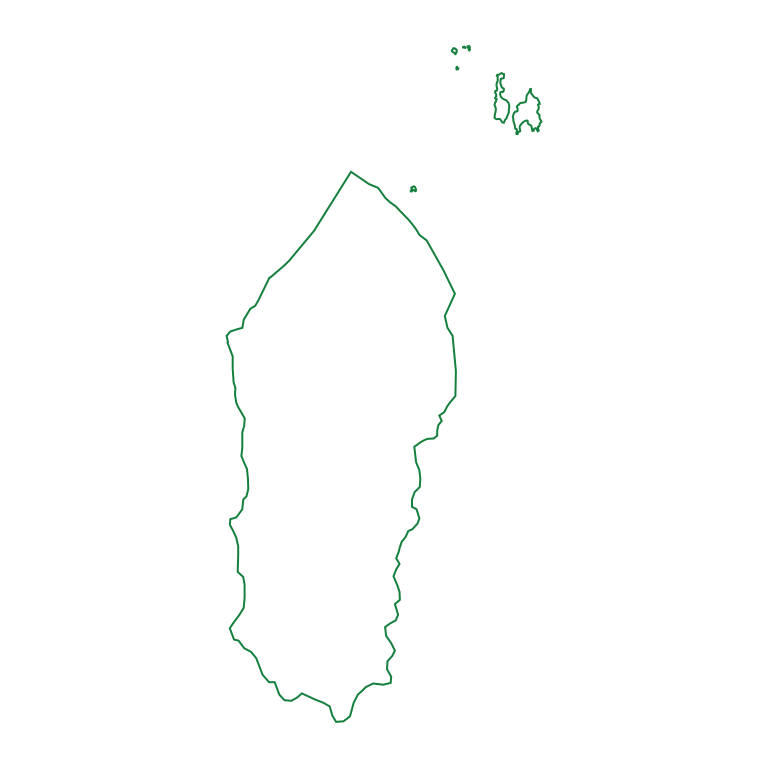 outline of Besut, Terengganu, Malaysia
{"feature_id": "92858781B66748088999576", "entity_name": "Besut", "entity_type": "district", "adm_level": 2, "iso_a3": "MYS", "parent_name": "Malaysia", "parent_adm1": "Terengganu", "projection": "equal_earth", "projection_center": [102.644, 5.648], "detail": "fine", "context": "isolated", "style": "outline", "palette": "green", "viewbox_px": 768, "rotation_deg": 0, "n_neighbors": 0, "source": "geoboundaries", "source_scale": "gbopen_adm2", "svg_char_len": 5624}
<svg xmlns="http://www.w3.org/2000/svg" viewBox="0 0 768 768"><path d="M269.4,277.7L258.9,299.3L255.3,305.7L250.3,308.8L243.7,319.8L242.4,327.8L237.7,329.1L230.3,331.5L226.6,335.9L228.0,342.1L227.5,342.7L232.7,356.3L232.7,362.5L232.7,368.7L233.6,382.3L235.4,387.9L235.0,394.7L236.3,402.8L238.2,407.1L244.7,418.3L244.2,425.7L242.3,432.5L242.3,438.7L242.3,448.0L241.4,456.0L244.2,462.9L247.0,469.1L247.9,478.3L248.3,488.9L246.5,496.3L243.3,499.4L242.3,509.3L236.3,517.4L230.3,519.2L229.9,524.8L233.5,531.6L236.3,537.8L238.2,546.5L238.2,554.6L237.7,571.9L243.2,576.9L244.6,584.9L244.6,597.9L243.7,607.9L239.5,614.7L233.5,622.7L229.8,628.3L234.0,639.5L238.6,640.7L244.2,648.2L251.1,651.9L256.2,658.1L262.6,674.8L269.1,682.2L274.7,682.2L277.3,689.2L279.3,694.6L284.4,700.2L291.3,700.8L296.9,697.7L301.9,693.4L315.3,699.6L323.2,702.7L329.7,706.4L332.4,715.7L336.1,721.9L343.5,721.3L350.0,716.3L353.7,702.7L357.9,694.6L362.0,690.9L365.7,687.2L373.1,683.5L383.3,684.7L390.7,682.9L391.2,676.7L387.0,669.2L387.5,661.2L392.1,656.2L394.9,650.6L391.2,643.2L386.1,635.8L385.1,627.1L390.2,623.4L395.8,620.3L398.1,614.7L394.9,604.1L399.9,599.8L399.5,591.8L397.2,584.9L393.5,576.3L396.2,569.4L399.5,563.9L397.9,561.1L396.2,558.3L398.6,552.1L399.9,547.1L401.8,541.6L405.5,537.2L408.3,531.0L412.4,529.2L417.5,523.6L419.4,518.6L416.6,509.3L412.0,506.9L412.0,499.4L414.7,492.0L419.8,487.0L420.3,478.3L419.4,470.3L416.1,462.2L414.3,446.8L420.4,442.4L423.6,440.5L427.2,438.9L433.7,438.5L437.2,435.7L437.2,430.5L438.4,425.0L441.7,421.0L439.3,415.5L444.3,412.1L447.1,406.5L450.3,402.1L455.4,396.0L455.9,371.2L452.6,335.9L447.5,327.8L444.8,316.0L454.9,293.8L443.4,270.2L426.7,240.5L419.4,234.9L416.1,229.3L412.4,224.4L408.3,219.4L399.9,210.8L395.8,206.4L389.8,202.1L385.2,197.8L378.2,187.9L369.0,184.1L351.0,171.8L314.0,230.9L289.5,260.3L284.9,264.9L270.3,277.5L269.4,277.7ZM540.5,119.7L539.7,118.6L539.4,116.7L539.5,114.9L538.6,114.1L537.2,112.6L537.4,110.9L538.4,109.4L538.8,107.7L538.6,106.2L538.0,104.8L539.0,103.8L539.7,103.8L539.1,101.6L538.3,100.3L537.2,98.2L535.9,98.0L534.5,97.4L533.4,96.3L532.4,94.8L531.4,93.7L530.7,92.0L531.0,90.3L530.9,89.0L530.0,89.2L529.5,91.3L528.4,93.0L527.4,94.3L526.7,95.6L526.5,97.1L526.3,99.5L526.0,101.0L525.6,101.9L523.9,102.5L523.0,102.7L520.8,102.9L519.8,103.4L518.7,104.9L517.5,105.5L516.8,107.0L517.6,108.5L517.6,110.9L516.8,111.5L515.4,111.5L514.0,113.2L513.3,115.0L512.8,116.7L513.3,118.8L513.3,120.5L514.1,123.5L514.7,124.8L514.9,126.1L515.2,128.7L516.6,129.1L517.0,130.4L516.8,131.7L516.3,132.6L516.6,134.1L517.7,134.0L518.2,132.5L518.6,131.7L520.1,131.3L520.2,130.0L519.7,128.2L519.7,126.7L520.5,125.0L522.1,123.1L523.9,121.6L525.7,120.7L527.0,120.5L527.7,121.0L527.8,122.9L528.5,124.2L530.3,125.0L531.4,126.1L531.8,127.8L532.0,129.5L532.5,131.0L533.7,130.6L534.1,128.9L535.3,128.2L536.7,128.5L536.9,129.8L537.9,131.3L538.7,130.6L538.0,128.3L538.0,126.8L539.4,126.1L539.7,123.5L540.7,122.5L541.4,122.0L540.5,119.7ZM503.8,90.7L503.8,88.6L502.5,87.9L501.5,86.8L500.8,84.5L500.3,82.3L500.5,80.8L500.8,78.9L502.1,78.5L503.6,78.2L504.0,75.9L503.9,74.0L502.8,73.9L501.7,73.1L500.3,73.7L499.6,74.4L498.4,74.8L497.3,74.8L496.8,75.9L497.7,76.7L497.7,78.7L497.7,80.6L497.0,82.7L496.6,83.6L496.5,86.0L497.0,87.7L497.2,89.4L496.8,90.7L495.4,90.9L495.0,92.4L495.8,93.5L496.2,94.8L496.2,96.5L495.0,98.0L496.3,99.3L496.6,99.3L495.8,101.8L495.0,102.9L494.5,104.9L495.5,107.2L495.9,109.4L495.4,112.6L495.0,113.9L494.7,116.0L494.5,117.7L495.7,118.8L496.8,119.2L498.3,119.0L499.8,119.0L501.0,120.3L502.2,122.4L503.8,122.7L504.6,121.0L505.3,119.5L506.4,118.6L507.1,116.5L507.9,114.7L508.8,112.6L508.8,110.2L509.3,107.4L509.1,104.6L508.2,102.5L506.7,100.8L505.7,99.9L504.6,99.7L502.5,98.4L500.8,96.7L500.0,94.3L500.4,92.2L501.5,91.8L502.6,92.2L503.8,90.7ZM454.5,48.3L454.3,48.4L453.8,48.3L453.4,48.3L453.2,48.3L453.0,48.7L452.9,49.1L452.6,49.7L452.3,49.9L452.1,50.1L452.0,50.4L452.0,50.9L452.1,51.5L452.3,51.8L453.0,52.2L453.5,52.4L454.0,52.7L454.3,52.9L454.6,53.2L454.9,53.7L455.2,54.1L455.6,54.2L455.8,53.9L455.8,53.3L455.8,52.9L456.2,52.4L456.7,52.0L456.6,51.2L456.6,50.5L456.7,50.0L456.4,49.7L455.6,48.9L455.3,48.9L454.8,48.6L454.5,48.3ZM416.0,189.6L415.5,188.1L414.7,186.7L414.3,186.5L414.1,186.4L413.7,186.4L413.4,186.4L413.2,186.6L413.0,186.9L412.7,187.1L412.4,187.2L412.2,187.2L412.0,187.3L411.7,187.3L411.3,187.5L411.3,188.0L411.5,188.1L411.7,188.3L411.8,188.5L411.7,189.0L411.4,189.7L411.3,190.0L411.1,190.3L411.0,190.5L410.9,190.8L410.7,191.0L410.8,191.3L411.0,191.5L411.3,191.5L411.5,191.5L411.8,191.4L412.1,191.1L412.4,190.8L412.6,190.5L412.8,190.2L413.1,190.0L413.6,190.0L413.9,190.1L414.3,190.3L414.6,190.7L414.9,191.0L415.1,191.2L415.5,191.2L415.8,191.0L416.0,190.7L416.1,190.2L416.0,189.6ZM469.6,50.0L469.8,49.9L469.9,49.5L469.7,49.3L469.7,48.9L469.8,48.3L469.9,48.0L469.8,47.7L469.6,47.3L469.5,47.1L469.5,46.7L469.5,46.2L469.1,46.1L468.6,46.1L468.1,46.3L467.8,46.3L467.5,46.4L467.5,46.9L467.7,47.1L468.0,47.4L468.3,47.7L468.5,48.1L468.4,48.5L468.4,48.8L468.7,49.1L468.8,49.4L468.9,50.0L469.2,50.5L469.4,50.5L469.6,50.0ZM457.2,68.2L457.2,67.9L456.9,67.7L456.9,67.4L457.0,67.3L457.0,67.1L457.0,66.9L456.9,66.9L456.7,67.0L456.5,67.3L456.5,67.7L456.5,67.8L456.4,68.0L456.4,69.2L456.6,69.4L456.8,69.5L457.0,69.4L457.3,69.3L457.4,69.2L457.5,69.1L457.8,69.2L458.0,69.2L458.1,68.7L458.1,68.4L458.2,68.2L457.9,68.1L457.6,68.3L457.3,68.3L457.2,68.2ZM464.4,46.7L464.2,46.7L463.9,46.8L463.5,46.8L463.3,46.8L463.0,47.2L463.0,47.5L463.4,47.6L463.7,47.5L464.1,47.5L464.5,47.6L465.1,48.0L465.4,47.9L465.4,47.5L465.1,47.2L464.9,47.3L464.7,47.2L464.6,46.9L464.4,46.7Z" fill="none" stroke="#15803d" stroke-width="2"/></svg>